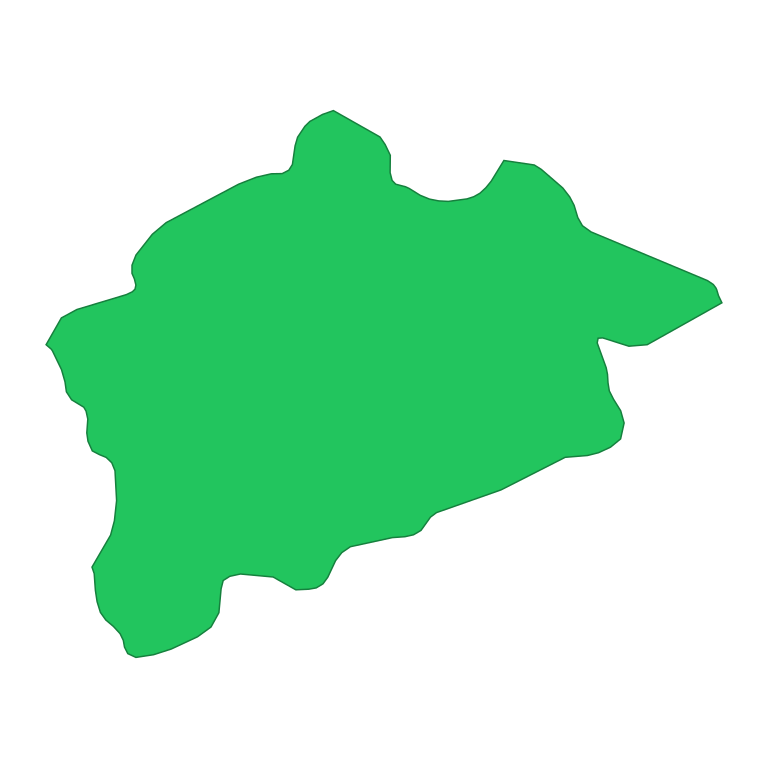 the Province of Guelma
{"feature_id": "DZA-2218", "entity_name": "Guelma", "entity_type": "Province", "adm_level": 1, "iso_a3": "DZA", "parent_name": "Algeria", "parent_adm1": "", "projection": "orthographic", "projection_center": [7.375, 36.384], "detail": "fine", "context": "isolated", "style": "filled", "palette": "green", "viewbox_px": 768, "rotation_deg": 0, "n_neighbors": 0, "source": "natural_earth", "source_scale": "10m", "svg_char_len": 1683}
<svg xmlns="http://www.w3.org/2000/svg" viewBox="0 0 768 768"><path d="M92.0,567.1L110.6,535.1L114.4,520.8L116.6,500.6L115.0,470.7L111.8,462.8L106.2,457.4L99.4,454.6L92.3,450.9L88.0,441.3L86.8,432.9L87.8,419.1L86.1,411.2L83.8,407.2L71.6,399.8L66.4,391.8L65.0,381.8L61.5,369.6L52.5,351.0L51.4,349.3L46.1,344.7L61.4,317.9L76.9,309.5L126.4,294.6L132.3,291.8L135.0,289.2L135.9,285.1L134.4,278.9L132.0,273.4L132.0,265.2L136.0,255.0L152.3,234.3L166.2,222.6L238.6,184.2L256.4,177.2L271.3,173.8L282.2,173.6L288.8,170.2L292.4,164.5L295.1,145.8L297.6,137.2L304.9,126.3L309.9,121.4L322.6,114.4L333.4,110.6L380.0,137.0L385.1,144.5L390.3,155.3L390.1,172.6L392.1,180.4L395.7,184.2L405.6,186.8L409.1,188.4L420.2,195.3L429.5,199.1L438.7,200.9L448.3,201.4L467.0,198.9L473.8,196.7L480.0,193.2L485.9,187.7L491.2,181.2L503.9,160.5L534.3,165.0L541.3,169.4L562.8,188.0L569.7,196.9L574.1,205.3L577.8,217.6L582.4,225.7L591.0,231.9L707.5,280.6L713.3,284.5L715.8,287.8L716.7,289.7L718.5,295.7L721.9,302.8L647.2,344.7L628.9,346.2L602.7,337.9L598.1,338.2L597.2,342.9L606.2,367.8L607.5,374.4L608.0,382.8L609.3,390.9L613.5,399.2L620.7,410.8L624.1,423.0L620.6,438.9L610.6,447.1L598.6,452.7L587.5,455.5L565.2,457.3L501.0,489.9L436.5,512.6L430.5,517.1L421.0,530.4L413.5,534.8L405.0,536.7L392.3,537.6L350.4,546.7L341.8,552.6L335.6,560.6L327.8,577.2L323.0,583.8L316.2,587.9L308.8,589.2L295.8,589.8L273.1,577.0L240.4,574.0L229.8,576.3L223.2,580.5L221.1,588.8L218.9,612.7L211.0,627.0L197.5,636.8L171.3,649.0L153.6,654.7L135.9,657.4L127.8,653.6L124.5,647.1L123.3,640.3L120.1,633.7L113.4,626.4L105.8,620.0L100.4,612.4L97.1,601.7L95.4,590.4L94.2,573.6L92.0,567.1Z" fill="#22c55e" stroke="#15803d" stroke-width="1.5"/></svg>